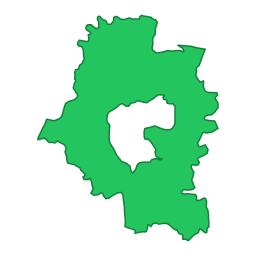 the district of Shibin al-Kum, Al Minufiyah, Egypt
{"feature_id": "37247803B79022336260348", "entity_name": "Shibin al-Kum", "entity_type": "district", "adm_level": 2, "iso_a3": "EGY", "parent_name": "Egypt", "parent_adm1": "Al Minufiyah", "projection": "albers", "projection_center": [31.013, 30.561], "detail": "fine", "context": "isolated", "style": "filled", "palette": "green", "viewbox_px": 256, "rotation_deg": 0, "n_neighbors": 0, "source": "geoboundaries", "source_scale": "gbopen_adm2", "svg_char_len": 5847}
<svg xmlns="http://www.w3.org/2000/svg" viewBox="0 0 256 256"><path d="M208.8,226.9L208.9,223.5L208.7,220.9L208.5,217.7L208.6,215.4L208.1,212.4L207.9,210.4L206.5,207.4L206.0,205.7L206.6,203.6L206.4,200.7L205.6,198.6L204.2,198.0L201.8,199.1L200.3,200.0L199.1,200.5L196.5,200.1L196.3,198.4L196.6,196.6L195.8,194.9L194.9,194.5L187.7,193.8L184.7,194.0L182.4,193.6L181.6,193.0L181.6,192.1L182.8,190.1L183.1,189.8L190.1,190.0L193.1,189.2L194.3,188.1L194.9,187.3L194.0,186.1L192.7,182.2L191.8,180.7L192.0,178.8L192.3,178.2L192.6,177.6L193.5,174.1L193.9,172.3L193.3,171.5L191.1,167.3L192.0,164.7L192.6,164.4L194.4,165.1L197.0,165.1L197.9,164.9L198.8,163.7L199.4,162.3L198.9,161.7L197.5,159.6L197.8,158.4L199.3,157.3L201.3,156.5L202.8,155.7L203.7,155.4L207.3,153.2L208.0,149.4L205.2,144.9L202.8,145.7L201.4,146.6L199.0,146.5L198.2,145.3L198.2,144.5L197.7,143.3L197.8,142.6L198.6,141.5L202.7,132.9L204.7,132.4L206.4,133.0L211.1,132.3L212.0,132.0L218.0,128.4L214.7,121.0L212.6,120.9L209.2,120.5L204.8,119.8L204.3,118.4L204.9,116.9L206.7,115.5L208.8,115.0L211.7,114.8L215.0,111.9L215.6,110.8L218.0,107.9L218.1,103.6L216.8,100.9L215.9,100.0L215.4,98.2L215.1,97.9L216.0,96.5L217.5,95.4L217.3,93.6L216.7,92.7L209.4,92.5L207.4,92.2L206.5,91.9L205.4,91.3L204.3,89.5L203.2,85.6L203.6,82.4L203.4,81.0L200.1,82.1L198.4,80.0L196.2,76.4L196.0,75.2L196.0,74.1L196.7,70.9L196.1,69.1L196.5,67.7L199.2,65.4L202.8,55.3L205.2,49.2L196.7,47.8L191.1,46.3L177.6,45.2L178.8,45.9L182.8,48.3L183.8,51.5L183.2,51.8L182.4,51.8L181.2,50.9L179.2,50.5L174.8,50.7L173.0,51.2L167.8,50.5L162.5,52.1L156.6,53.1L152.6,50.1L152.4,49.2L152.1,47.5L152.5,46.0L152.8,44.3L152.7,39.3L153.0,37.3L154.8,35.3L155.2,33.8L155.4,28.3L157.0,23.7L157.3,22.2L156.5,21.0L155.3,19.5L153.9,19.5L151.3,18.3L151.5,17.5L149.3,17.0L146.1,16.4L143.5,16.0L141.7,15.4L140.3,16.2L139.3,18.5L138.7,19.1L134.6,19.0L132.6,19.2L131.7,18.9L130.0,18.0L128.2,18.2L125.3,19.3L123.5,19.5L120.9,19.2L119.5,18.2L117.5,17.0L116.3,16.4L114.5,16.9L113.6,18.1L113.5,21.0L110.8,24.4L107.3,24.0L106.0,20.8L102.8,19.5L100.8,17.7L100.2,16.8L99.1,16.2L97.9,16.8L97.3,18.8L98.1,20.6L98.6,22.3L98.8,26.1L98.1,28.4L95.8,28.4L92.4,26.0L91.5,24.8L88.0,24.7L86.8,25.5L85.9,27.5L86.1,29.3L87.9,30.8L90.4,32.3L90.7,33.8L89.5,34.3L88.3,34.6L88.8,38.7L88.7,39.9L88.4,41.0L87.2,41.6L84.6,41.2L80.8,40.5L79.4,40.2L77.9,42.2L77.5,44.2L78.6,46.0L80.7,46.3L81.8,46.7L82.9,48.7L83.4,51.1L83.4,53.4L84.1,58.7L83.7,60.1L83.1,61.0L82.5,62.4L82.2,63.6L80.1,64.7L79.2,66.4L78.5,69.3L77.3,69.3L75.6,69.8L74.6,72.4L75.1,75.1L74.7,78.0L74.7,78.9L75.0,79.5L75.5,80.3L75.8,81.2L75.5,81.5L75.2,82.1L74.5,82.9L73.9,85.8L73.3,87.3L73.5,88.8L74.7,90.0L76.0,92.9L77.2,94.1L77.7,95.6L77.4,96.4L76.8,97.6L75.6,98.7L72.9,100.4L70.5,100.9L68.2,101.7L65.5,103.6L63.6,109.5L63.2,111.5L62.6,113.8L61.0,117.3L60.1,118.1L56.8,119.8L54.5,120.6L53.3,120.6L49.8,119.9L47.2,119.2L46.6,119.5L45.0,123.9L41.9,129.6L41.0,131.9L39.1,135.7L38.5,136.8L37.9,138.5L38.1,139.7L38.7,139.7L39.6,139.2L43.4,138.4L43.7,138.1L44.3,137.8L45.4,139.1L46.2,139.1L48.1,141.8L50.1,142.7L51.6,142.1L53.6,142.8L55.4,142.8L57.2,141.1L58.4,141.5L60.9,143.0L62.9,143.9L64.7,145.1L65.8,147.5L66.0,149.2L65.0,151.8L66.6,156.8L66.8,159.5L67.6,163.0L69.9,163.6L74.3,164.6L76.6,166.1L78.6,167.1L80.0,168.0L80.8,170.1L84.8,174.0L85.1,174.8L84.4,176.0L82.9,177.1L84.0,179.5L88.4,179.6L89.9,178.2L91.6,181.7L92.0,184.9L92.8,187.6L93.1,189.0L90.9,193.1L93.8,195.2L96.4,195.0L98.2,194.7L101.4,192.8L102.6,193.4L104.0,196.6L105.9,198.7L108.6,198.2L110.7,196.8L111.9,196.0L113.9,194.9L115.7,193.8L118.1,192.7L121.3,192.5L122.4,193.9L123.0,195.7L123.4,199.8L123.9,203.6L124.4,206.8L124.5,210.6L124.7,215.0L125.2,218.2L125.3,223.5L124.9,226.4L126.4,227.3L134.5,229.8L135.3,231.3L135.0,233.2L137.0,232.8L139.6,232.3L140.8,232.0L143.2,231.8L144.9,231.9L146.1,231.6L147.0,229.9L147.9,224.6L148.6,224.7L150.8,226.6L152.6,224.1L153.0,223.6L154.8,223.1L156.6,223.2L157.7,223.8L159.2,224.1L160.6,223.8L163.8,223.4L166.5,223.4L168.5,224.4L170.5,225.9L173.3,228.6L174.7,229.5L176.5,230.1L177.1,230.1L179.0,233.7L182.2,234.4L182.7,235.5L182.9,239.3L185.8,239.4L186.7,239.7L188.1,240.6L188.7,240.4L189.6,239.5L191.4,237.5L194.1,235.0L195.3,234.1L197.4,233.3L198.6,232.2L199.3,229.6L199.9,228.7L202.2,230.2L203.6,231.7L205.3,232.7L206.5,232.7L206.8,232.1L207.2,228.3L208.4,226.9L208.8,226.9ZM166.8,102.7L167.7,103.3L170.0,103.9L172.9,103.7L173.5,104.3L174.0,105.2L174.6,105.5L175.1,107.0L175.0,111.1L175.0,121.0L174.9,123.6L174.3,125.3L173.4,126.7L171.8,128.7L169.8,129.6L168.3,129.8L166.0,129.7L164.2,129.4L161.9,128.8L155.6,126.2L154.4,125.9L152.9,126.5L150.6,127.3L148.2,127.8L145.6,128.3L144.7,128.6L144.4,130.6L144.0,132.9L144.2,134.7L144.2,136.7L144.7,138.8L145.3,139.1L147.6,139.1L149.9,140.7L151.0,142.1L154.4,147.2L155.2,148.4L155.5,149.0L155.7,150.1L155.1,151.6L155.3,153.6L155.8,155.7L156.7,156.9L158.4,157.8L160.7,158.7L162.0,158.9L161.6,159.6L161.0,159.9L159.8,159.9L156.9,158.9L155.8,158.6L151.9,159.6L150.7,161.1L150.6,161.7L149.5,162.2L144.8,162.1L140.7,162.5L139.6,162.8L138.1,163.9L136.9,165.6L136.2,167.9L135.6,169.4L134.4,171.1L133.5,171.9L132.7,172.9L131.7,172.2L130.6,169.5L130.4,167.8L130.1,166.3L126.4,163.3L125.0,162.7L124.1,162.4L123.0,162.0L121.5,161.4L120.8,160.6L120.1,159.6L116.7,155.2L115.9,153.7L114.8,151.3L114.0,149.8L113.2,148.1L112.3,146.9L111.2,145.1L109.6,142.1L109.1,137.8L109.3,131.1L109.6,127.2L109.8,126.4L109.5,125.0L108.8,123.7L108.5,123.3L107.6,122.7L107.2,122.3L106.8,118.8L107.5,114.4L108.4,112.7L109.0,112.1L116.4,107.7L118.3,105.7L119.5,104.8L120.3,104.3L121.8,103.7L122.7,103.8L124.7,105.3L126.4,106.2L128.5,106.3L129.7,104.8L130.9,103.1L134.4,102.6L137.7,100.7L143.8,102.3L147.2,102.7L149.6,100.7L152.6,99.1L158.0,94.9L163.8,95.0L164.4,95.6L164.1,96.2L162.9,97.3L163.7,99.4L165.4,99.7L166.3,100.0L166.9,100.9L166.8,102.7Z" fill="#22c55e" stroke="#15803d" stroke-width="1.5"/></svg>